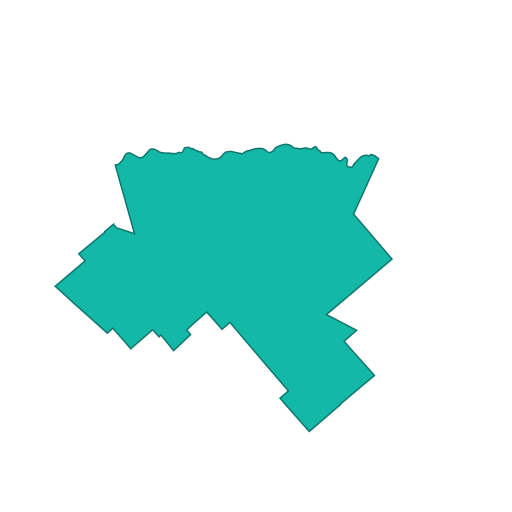 outline of Capital, Santiago del Estero, Argentina, rotated 308°
{"feature_id": "61730980B71875580954916", "entity_name": "Capital", "entity_type": "district", "adm_level": 2, "iso_a3": "ARG", "parent_name": "Argentina", "parent_adm1": "Santiago del Estero", "projection": "orthographic", "projection_center": [-64.309, -27.9], "detail": "fine", "context": "isolated", "style": "filled", "palette": "teal", "viewbox_px": 512, "rotation_deg": 308, "n_neighbors": 0, "source": "geoboundaries", "source_scale": "gbopen_adm2", "svg_char_len": 3989}
<svg xmlns="http://www.w3.org/2000/svg" viewBox="0 0 512 512"><g transform="rotate(308 256 256)"><path d="M218.6,419.4L234.7,422.9L234.8,422.9L237.3,409.2L239.7,395.6L243.0,377.9L259.4,381.0L253.2,347.6L337.3,365.1L349.1,307.1L356.4,305.3L361.6,304.1L407.9,292.8L408.0,292.8L408.3,292.1L408.2,291.0L408.1,289.6L408.3,288.4L407.8,287.7L407.5,286.9L407.6,285.7L407.3,284.7L405.9,283.8L404.6,283.4L403.9,282.9L403.9,282.2L403.7,281.5L402.9,280.3L401.5,279.3L400.3,278.4L398.3,277.6L396.3,277.4L394.2,277.1L392.2,277.0L390.3,276.7L388.6,276.7L387.1,276.9L385.6,277.2L384.8,277.0L384.6,276.3L384.2,275.6L384.0,275.1L383.3,274.5L383.0,274.0L382.9,273.1L383.1,272.4L383.5,271.6L384.2,271.0L385.0,270.5L386.0,269.9L387.3,269.2L388.0,268.7L388.4,268.1L388.7,267.3L388.8,266.4L388.6,265.7L388.3,265.2L387.5,265.2L386.5,265.0L385.2,264.8L384.0,264.5L383.0,264.0L382.5,263.5L382.2,262.6L382.1,261.7L382.2,260.6L382.4,259.8L382.6,258.9L383.1,257.7L383.3,256.9L383.6,255.7L383.8,254.8L383.8,253.6L383.6,252.3L383.2,251.1L382.8,250.3L382.2,249.5L381.6,248.7L381.1,247.9L380.5,247.3L379.9,246.6L379.1,245.8L378.4,245.0L377.8,244.3L377.6,243.7L377.7,243.2L378.0,242.3L378.2,241.6L378.0,241.0L377.8,240.5L377.8,239.6L377.9,238.5L378.5,237.8L378.8,237.0L378.9,236.1L378.4,235.2L377.3,234.7L376.0,234.3L375.0,234.3L374.1,233.6L373.5,232.7L373.0,231.4L372.5,230.0L372.0,229.1L371.5,228.4L370.5,227.4L369.3,226.5L368.1,225.4L367.4,224.5L366.6,222.9L365.9,221.7L364.9,220.4L364.5,219.2L364.5,217.9L364.5,217.2L364.4,215.8L364.1,214.0L363.5,212.6L362.6,211.1L361.8,210.1L360.7,209.1L358.9,207.8L357.6,206.9L356.2,206.1L355.8,205.9L354.6,205.2L352.9,204.8L351.5,204.8L351.0,204.8L349.1,204.6L347.9,204.3L346.6,203.7L345.6,202.5L345.1,201.7L345.0,201.1L345.1,200.1L345.2,198.8L345.2,197.3L345.0,196.3L344.6,195.0L343.8,193.8L343.0,192.5L341.7,191.2L340.7,190.0L340.1,189.4L339.8,189.2L339.1,188.7L337.0,187.1L335.4,186.1L334.3,185.2L333.2,184.2L331.7,183.5L330.3,183.0L328.9,182.7L328.2,182.1L327.3,180.7L326.0,178.2L325.2,176.4L324.1,174.4L323.5,172.9L322.8,171.5L321.5,170.3L320.3,169.1L319.4,168.3L317.4,167.7L315.5,167.6L313.9,167.5L312.4,167.3L310.9,167.0L309.3,166.1L308.4,165.3L307.4,164.4L306.5,163.4L305.8,162.4L305.4,161.6L305.3,160.8L305.1,160.0L304.6,158.5L304.3,157.4L304.2,156.1L304.2,155.6L304.2,155.1L304.2,154.4L304.0,153.9L303.8,153.2L303.7,152.3L303.8,151.3L304.0,150.4L304.2,149.7L304.2,148.7L303.8,148.1L303.5,147.7L303.0,147.2L302.9,146.4L302.8,145.8L302.7,145.2L302.6,144.4L302.3,143.8L302.0,143.1L301.8,142.3L301.9,141.6L301.8,140.8L301.7,140.0L301.2,139.7L300.9,139.0L300.6,138.3L300.4,137.1L300.1,136.1L298.9,134.6L298.2,133.7L296.8,133.1L295.9,133.3L294.5,133.9L293.1,133.9L291.9,133.9L291.0,133.1L290.3,131.7L289.6,131.0L288.7,130.7L287.5,130.0L286.7,128.9L285.8,128.0L285.2,126.8L284.4,125.8L284.1,124.7L283.2,123.8L282.6,122.9L282.0,122.2L281.2,121.0L280.6,120.2L280.2,119.4L279.4,118.1L278.9,117.3L278.6,116.2L278.3,115.4L278.4,114.2L278.1,113.0L277.7,110.9L277.4,110.0L276.7,108.6L276.0,107.8L275.0,107.0L273.8,106.7L272.4,106.7L271.2,106.6L269.4,106.6L267.8,106.4L266.5,106.3L265.0,106.2L263.9,105.7L263.3,105.4L262.4,104.7L261.8,103.9L261.2,102.4L261.0,101.3L260.8,100.2L260.5,98.7L260.5,97.4L260.1,96.0L260.0,95.0L259.7,94.1L259.5,93.0L258.3,91.7L257.0,90.9L255.7,90.7L254.3,90.8L252.7,91.1L251.3,91.4L250.3,91.7L248.3,91.8L246.3,91.5L244.8,91.4L243.9,91.2L242.8,90.7L242.1,90.2L241.5,89.6L241.1,89.1L234.0,98.7L227.6,107.3L222.8,113.9L198.8,146.5L192.3,128.8L193.1,124.7L193.5,124.2L191.1,123.6L182.2,121.8L182.1,122.3L167.8,119.2L158.4,117.1L148.6,115.0L147.0,124.3L108.5,116.4L108.4,118.8L106.5,143.3L103.7,186.3L111.0,187.6L107.2,207.4L105.8,214.4L134.3,220.0L132.6,229.4L135.3,229.7L130.7,249.3L153.8,252.9L155.0,246.9L166.8,248.8L177.6,250.9L181.5,251.7L177.3,274.3L187.6,276.4L182.2,302.6L175.9,333.3L169.6,364.5L158.8,362.5L158.7,362.5L156.8,372.3L150.5,406.0L190.5,413.9L190.6,413.5L206.2,416.8L218.6,419.4Z" fill="#14b8a6" stroke="#0f766e" stroke-width="1.5"/></g></svg>